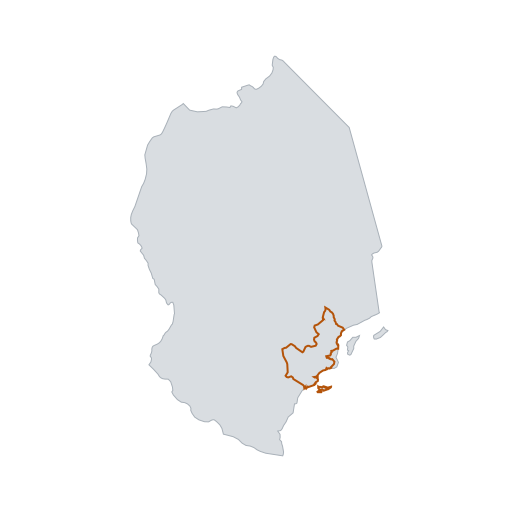 location of Pwani within United Republic of Tanzania, rotated 46°
{"feature_id": "TZA-3382", "entity_name": "Pwani", "entity_type": "Region", "adm_level": 1, "iso_a3": "TZA", "parent_name": "United Republic of Tanzania", "parent_adm1": "", "projection": "albers", "projection_center": [38.969, -7.175], "detail": "medium", "context": "in_parent", "style": "outline", "palette": "amber", "viewbox_px": 512, "rotation_deg": 46, "n_neighbors": 0, "source": "natural_earth", "source_scale": "10m", "svg_char_len": 5622}
<svg xmlns="http://www.w3.org/2000/svg" viewBox="0 0 512 512"><g transform="rotate(46 256 256)"><path d="M200.4,345.8L195.7,343.3L191.4,341.9L187.8,340.2L186.2,338.6L182.9,338.0L180.1,337.8L177.4,336.3L172.0,335.8L171.4,334.8L171.3,332.6L170.3,332.0L168.3,331.5L166.2,331.5L164.9,331.9L164.2,331.7L162.4,330.4L160.7,328.7L160.1,326.1L157.6,324.4L154.7,323.0L146.7,323.3L145.5,322.9L143.6,321.6L141.3,319.4L139.5,316.8L137.9,313.3L136.2,308.6L126.7,290.0L125.7,286.4L123.9,282.5L120.9,277.7L117.7,274.2L113.4,271.0L108.6,267.8L106.0,265.7L100.9,256.9L99.8,252.8L99.0,248.5L99.3,246.7L102.2,241.1L102.5,239.6L102.1,237.5L100.5,233.1L98.4,227.8L94.3,218.1L93.7,215.6L93.8,213.8L95.8,203.8L95.8,202.4L105.0,202.4L111.6,198.0L117.3,191.4L118.4,188.6L120.7,184.4L123.0,182.3L123.9,180.9L125.2,176.7L128.2,173.8L131.1,171.6L130.5,170.1L130.9,169.5L132.5,168.4L135.7,167.3L136.3,165.2L136.2,162.7L135.7,161.3L135.7,159.8L135.2,158.9L133.2,158.7L130.1,157.5L127.4,157.1L125.7,156.4L125.0,155.8L124.7,154.4L126.1,150.6L124.6,149.1L127.7,142.7L128.3,141.9L129.4,141.8L131.3,141.1L133.0,140.8L134.4,141.0L135.4,140.7L136.3,140.0L137.1,137.8L137.6,134.3L137.2,131.4L135.8,129.2L135.4,125.8L136.0,121.2L135.4,117.4L133.9,114.4L132.4,112.6L130.0,111.8L126.3,107.2L125.2,105.0L125.3,103.6L126.6,103.0L128.9,103.1L131.1,102.6L133.1,101.3L135.1,100.9L136.1,101.0L228.3,99.7L336.4,158.6L336.8,159.3L337.7,164.4L337.5,166.2L335.8,169.1L335.4,170.7L335.4,171.8L335.8,172.2L337.2,172.3L338.4,173.0L338.8,173.6L339.7,175.8L340.9,176.9L381.6,206.2L382.6,206.6L382.0,209.1L379.7,215.1L379.6,217.5L378.7,220.5L377.8,222.4L375.5,230.8L373.5,233.9L370.8,241.3L370.4,246.9L371.9,250.9L372.4,254.6L375.5,258.2L378.0,259.5L379.7,261.2L382.7,265.0L384.4,268.8L389.8,270.6L391.9,274.9L391.2,277.8L388.7,280.2L386.3,284.2L384.5,289.3L384.4,297.2L385.7,296.0L388.5,298.0L388.9,303.8L385.9,310.5L385.0,313.7L384.9,316.4L387.0,324.5L390.2,328.7L390.0,330.0L389.1,331.0L394.6,338.3L394.2,344.7L396.2,349.6L397.1,353.9L398.4,357.2L398.7,359.5L397.0,362.0L401.0,362.6L403.3,364.7L404.5,366.6L407.3,366.6L408.9,367.9L411.2,369.0L416.1,372.3L417.5,374.0L418.3,375.6L404.6,386.0L399.6,388.6L396.1,389.9L392.3,390.6L388.7,392.2L385.3,394.8L381.0,396.0L375.7,396.1L370.2,397.9L361.5,403.2L356.4,400.3L352.4,399.3L347.8,399.4L345.0,399.8L344.0,400.5L343.1,402.3L342.4,405.3L339.4,408.2L334.2,410.9L329.3,412.0L324.9,411.3L321.8,410.2L320.3,408.6L318.0,407.8L314.9,408.0L312.0,409.1L309.2,411.3L304.7,412.3L298.6,412.0L295.3,411.0L294.9,409.2L292.2,407.1L287.2,404.7L283.6,404.7L281.3,407.0L279.2,408.5L277.3,409.1L275.6,409.2L273.1,408.6L266.3,408.4L259.9,408.6L259.2,405.2L257.9,403.2L256.7,402.0L254.5,401.7L253.9,400.8L253.1,398.7L252.0,396.9L250.5,395.5L249.6,394.1L249.3,392.9L249.6,391.5L250.9,388.0L251.3,385.7L251.1,383.3L250.3,380.8L248.8,377.9L249.0,377.1L248.4,375.1L248.3,373.7L248.6,371.9L248.3,369.6L246.9,364.7L246.9,363.5L245.5,361.1L241.2,355.5L241.0,354.8L234.2,349.2L231.5,348.0L230.6,349.0L230.2,350.0L230.5,351.8L230.4,352.7L230.1,353.2L228.5,353.1L227.5,352.9L224.9,351.4L222.9,351.1L218.0,351.4L216.3,351.8L215.0,351.5L212.3,348.9L209.3,348.4L206.5,348.3L202.0,345.4L200.4,345.8ZM390.5,250.0L392.8,256.2L392.5,257.4L390.9,258.1L390.1,258.2L389.1,257.2L388.4,255.1L387.2,255.6L385.2,253.1L383.2,252.9L381.4,249.9L382.1,247.3L381.7,242.9L383.9,240.6L385.1,236.8L386.5,239.4L386.8,243.5L388.7,248.3L390.5,250.0ZM401.3,212.9L401.5,214.4L401.1,215.8L401.1,220.2L401.0,223.1L399.3,227.2L397.9,228.6L396.7,228.2L395.7,227.5L394.9,226.4L396.5,219.0L395.7,213.5L398.9,214.0L401.3,212.9ZM396.7,302.8L395.1,303.2L394.5,302.8L393.6,301.6L395.2,300.5L396.9,298.5L400.6,295.6L402.4,293.2L402.1,295.5L400.0,300.6L398.2,300.9L396.7,302.8Z" fill="#d9dde1" stroke="#a8b0b8" stroke-width="1"/><path d="M388.7,279.5L388.1,281.2L386.8,282.1L386.8,283.2L385.6,283.2L386.4,285.0L384.9,287.3L384.1,291.6L384.8,296.2L383.4,298.3L384.3,298.1L384.9,297.3L385.6,295.4L386.4,296.2L386.0,297.0L387.6,297.0L388.1,297.4L388.9,298.5L388.3,300.6L388.8,303.3L389.3,302.8L389.3,303.7L386.6,309.5L386.0,309.5L386.2,311.5L385.8,311.3L385.6,312.1L384.6,311.3L384.8,312.1L384.2,312.5L384.3,312.8L382.8,311.8L381.4,311.8L370.4,314.6L369.0,313.9L367.0,314.3L365.7,317.2L364.3,318.0L362.7,317.9L361.7,314.0L355.5,308.6L353.9,307.8L346.9,305.8L341.3,301.8L342.0,299.3L342.9,298.1L343.4,292.3L344.2,291.6L347.9,290.7L350.0,291.0L357.5,289.5L357.7,288.4L355.8,283.5L356.5,281.3L357.4,280.3L359.6,279.5L362.0,275.4L361.5,273.7L360.9,273.2L359.1,272.9L358.3,273.2L356.5,272.4L355.3,270.8L356.3,267.4L355.8,265.2L352.8,265.5L347.7,263.7L346.8,262.1L348.2,259.1L348.7,252.3L347.4,251.3L348.0,251.0L346.5,250.6L343.7,246.0L343.5,244.4L342.6,242.9L341.2,241.9L345.6,240.7L347.6,241.1L349.2,240.6L351.2,240.8L353.1,241.7L353.9,242.6L356.2,243.3L357.0,244.4L358.7,244.6L360.6,245.6L361.2,245.1L363.1,245.4L367.8,243.4L370.3,243.8L369.7,246.5L370.7,248.7L372.0,249.9L372.0,251.7L371.5,252.7L372.2,255.8L373.1,256.4L374.0,258.0L375.1,258.7L376.8,259.1L377.1,258.8L375.8,258.1L377.3,258.7L379.8,261.3L378.5,262.5L377.5,266.5L376.7,267.5L376.6,267.9L377.7,268.3L377.9,269.9L378.7,270.4L379.1,271.6L376.9,275.1L378.4,275.8L380.0,274.3L381.0,274.6L381.7,273.8L382.6,273.8L383.2,272.8L386.5,273.0L387.9,275.0L388.0,279.1L388.4,279.0L388.7,279.5ZM402.1,292.9L402.5,293.4L402.0,296.3L399.9,300.9L398.0,301.0L397.1,302.7L396.0,303.1L394.3,303.0L393.1,301.9L394.1,301.7L394.4,301.0L396.2,299.7L396.6,299.0L396.5,298.2L399.7,297.3L398.5,296.9L400.6,295.8L402.1,292.9ZM397.6,303.3L399.2,303.2L399.3,303.7L396.9,306.2L396.4,306.1L396.5,304.9L397.6,303.3Z" fill="none" stroke="#b45309" stroke-width="2"/></g></svg>